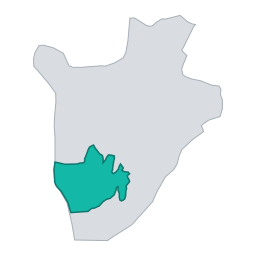 Bururi highlighted on a map of Burundi
{"feature_id": "BDI-2637", "entity_name": "Bururi", "entity_type": "Province", "adm_level": 1, "iso_a3": "BDI", "parent_name": "Burundi", "parent_adm1": "", "projection": "albers", "projection_center": [29.663, -3.868], "detail": "fine", "context": "in_parent", "style": "filled", "palette": "teal", "viewbox_px": 256, "rotation_deg": 0, "n_neighbors": 0, "source": "natural_earth", "source_scale": "10m", "svg_char_len": 1973}
<svg xmlns="http://www.w3.org/2000/svg" viewBox="0 0 256 256"><path d="M195.4,24.5L193.3,27.3L183.6,47.0L181.8,49.9L182.8,51.7L186.9,55.5L184.5,61.6L183.6,63.3L181.7,69.1L182.7,74.4L185.0,76.4L191.3,78.9L200.7,80.8L211.7,85.2L219.1,86.0L220.9,89.2L220.5,94.9L222.4,99.9L222.4,108.7L220.1,116.5L208.8,120.1L202.9,124.1L201.3,126.1L202.7,128.5L203.5,131.6L192.8,139.4L181.8,149.5L179.1,156.3L176.9,164.4L173.7,169.6L165.3,177.0L156.8,192.0L152.6,201.7L131.6,225.0L113.0,236.7L107.5,240.6L74.6,240.0L72.0,224.2L67.0,202.7L55.7,183.3L54.5,175.2L55.0,159.6L55.0,137.6L54.2,125.8L54.5,117.1L55.9,102.1L55.7,93.2L48.2,82.9L38.9,71.9L33.9,66.5L33.6,62.2L33.6,58.2L35.1,52.3L38.8,45.8L42.8,45.1L52.9,47.6L63.3,53.2L68.9,65.6L73.1,67.4L80.9,67.4L100.6,65.8L105.5,66.0L114.4,63.0L123.3,57.7L125.9,52.3L128.0,40.1L129.9,18.1L134.4,17.9L146.9,25.7L149.5,26.2L152.2,26.0L156.5,22.1L161.8,18.9L165.7,19.0L180.1,15.4L187.9,22.0L192.8,24.1L195.4,24.5Z" fill="#d9dde1" stroke="#a8b0b8" stroke-width="1"/><path d="M70.8,212.6L67.9,202.5L61.4,191.6L57.4,187.3L55.8,185.0L54.8,182.2L53.9,169.8L55.0,162.1L57.6,162.6L64.8,164.3L77.2,164.0L79.4,163.2L81.8,162.9L83.5,162.9L84.5,161.8L84.7,160.5L84.6,159.2L84.9,158.0L85.6,156.9L88.1,149.9L89.5,147.1L91.4,146.0L93.5,145.0L95.2,148.1L99.6,153.8L102.4,155.5L103.1,158.4L103.1,162.8L105.9,159.2L106.3,157.7L107.4,156.4L108.4,154.9L111.4,155.2L114.3,155.9L114.4,158.3L113.8,160.7L112.6,168.5L112.7,169.7L112.2,170.8L111.5,171.8L113.3,173.7L116.1,171.9L118.2,169.4L119.6,165.5L120.5,164.0L123.3,167.9L121.8,170.5L125.2,171.9L128.0,172.0L129.6,173.8L127.4,175.6L127.7,177.6L128.8,179.2L129.6,181.6L126.1,185.9L126.6,188.5L125.9,190.9L125.6,195.9L124.7,199.0L123.2,200.1L121.5,200.9L120.0,200.1L119.3,197.6L119.3,193.5L118.0,190.1L118.1,188.2L118.0,186.7L116.5,187.5L116.1,189.9L114.2,194.8L110.2,198.3L106.4,199.4L103.1,201.6L99.4,205.8L94.4,208.1L91.6,208.4L88.0,211.4L72.1,212.5L70.8,212.6Z" fill="#14b8a6" stroke="#0f766e" stroke-width="1.5"/></svg>